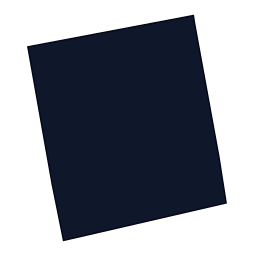 La Salle, Texas, United States of America, rotated 350°
{"feature_id": "52423323B67793839713525", "entity_name": "La Salle", "entity_type": "district", "adm_level": 2, "iso_a3": "USA", "parent_name": "United States of America", "parent_adm1": "Texas", "projection": "albers", "projection_center": [-99.098, 28.339], "detail": "fine", "context": "isolated", "style": "filled", "palette": "ink", "viewbox_px": 256, "rotation_deg": 350, "n_neighbors": 0, "source": "geoboundaries", "source_scale": "gbopen_adm2", "svg_char_len": 270}
<svg xmlns="http://www.w3.org/2000/svg" viewBox="0 0 256 256"><g transform="rotate(350 128 128)"><path d="M43.5,30.7L43.6,171.3L43.7,173.6L45.0,227.5L211.6,218.8L212.5,172.0L211.7,35.7L211.9,28.6L43.5,30.7Z" fill="#0f172a" stroke="#020617" stroke-width="1.5"/></g></svg>